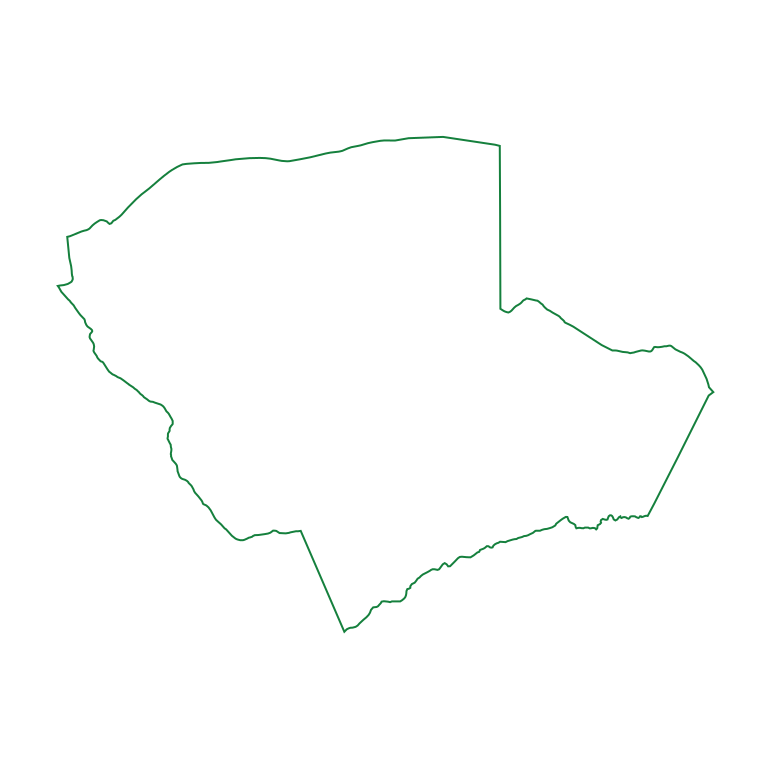 outline of Tarbaj, North-Eastern, Kenya, rotated 92°
{"feature_id": "3690345B53726856133736", "entity_name": "Tarbaj", "entity_type": "district", "adm_level": 2, "iso_a3": "KEN", "parent_name": "Kenya", "parent_adm1": "North-Eastern", "projection": "mercator", "projection_center": [40.301, 2.381], "detail": "fine", "context": "isolated", "style": "outline", "palette": "green", "viewbox_px": 768, "rotation_deg": 92, "n_neighbors": 0, "source": "geoboundaries", "source_scale": "gbopen_adm2", "svg_char_len": 6123}
<svg xmlns="http://www.w3.org/2000/svg" viewBox="0 0 768 768"><g transform="rotate(92 384 384)"><path d="M248.0,705.7L269.0,702.9L277.1,700.8L281.5,700.1L284.8,699.8L286.3,699.5L286.8,699.5L287.6,699.0L290.0,698.7L291.2,699.1L292.6,699.8L293.3,700.7L294.5,702.6L295.1,703.6L296.3,707.4L296.9,711.4L297.4,713.4L298.8,712.3L303.1,709.7L310.5,702.6L311.6,701.2L312.7,700.2L313.1,700.1L316.2,696.9L318.7,695.3L323.8,691.4L325.6,689.9L329.7,685.7L330.9,685.2L332.8,684.8L334.2,684.1L335.1,683.7L336.3,682.8L336.9,682.3L339.2,678.9L340.2,677.8L341.3,677.4L342.4,677.9L344.2,679.4L344.8,679.6L347.3,679.9L348.7,679.4L352.9,676.2L354.3,675.5L356.6,675.0L359.9,675.3L360.6,675.5L361.3,675.4L362.6,674.7L366.0,672.1L367.0,671.7L368.4,670.8L370.8,668.4L371.3,667.7L371.7,666.2L372.1,665.7L372.8,665.1L379.1,660.8L381.3,659.1L382.1,657.9L383.5,656.1L384.0,655.3L384.2,654.6L385.4,652.0L386.4,650.5L387.5,647.5L389.5,644.4L392.7,639.9L392.9,639.4L393.4,639.0L396.1,634.5L397.4,633.0L398.6,631.0L400.3,629.2L400.6,628.7L401.1,628.4L402.6,626.9L403.2,625.9L404.2,624.6L405.6,623.4L407.6,620.2L409.0,618.4L409.7,616.9L409.9,614.3L410.6,612.4L412.3,606.5L413.4,604.7L414.2,603.7L415.8,602.4L418.9,600.5L420.3,598.9L421.5,597.9L424.5,596.1L426.0,595.1L428.3,593.9L431.1,593.8L431.6,593.9L433.3,595.3L435.4,596.5L436.8,596.7L438.3,596.6L440.9,598.1L442.0,598.2L444.0,598.1L445.6,598.4L446.2,598.4L446.7,598.2L447.0,597.9L447.9,597.5L451.0,595.8L452.0,595.1L454.3,594.8L456.3,594.2L458.0,594.2L460.9,594.6L461.7,594.6L462.3,594.3L463.8,594.3L464.6,593.9L467.3,592.9L469.1,591.1L471.0,589.3L472.6,588.2L473.9,587.9L477.5,587.3L478.2,587.3L482.9,585.4L483.9,584.9L485.1,583.7L485.9,582.3L486.6,579.7L486.9,579.0L487.8,577.4L488.9,576.2L489.7,575.8L491.8,573.5L492.8,572.6L496.2,570.6L497.2,570.3L498.1,569.8L499.3,569.0L502.7,565.7L506.6,562.4L507.8,561.6L509.8,560.8L510.4,560.3L510.8,559.2L511.6,557.3L513.4,555.1L516.3,552.8L523.4,548.7L525.5,547.2L527.0,545.5L530.0,541.9L534.0,538.1L534.3,537.4L534.9,536.6L541.0,530.7L543.7,527.0L544.3,525.6L544.6,524.6L545.1,522.3L545.0,519.4L544.6,518.1L543.3,515.4L542.3,513.7L542.0,512.4L541.2,510.4L540.3,509.4L540.0,508.6L539.6,508.0L539.3,504.2L538.2,498.0L537.5,494.7L537.1,493.7L536.5,492.3L534.4,489.7L534.4,487.9L534.6,486.5L536.6,483.2L536.7,477.0L536.1,473.8L535.5,472.2L534.2,466.7L534.2,464.9L533.7,462.1L633.0,415.0L630.4,412.6L629.4,410.7L628.8,409.1L628.6,406.9L627.7,403.9L626.3,401.9L624.1,400.1L620.3,396.3L617.8,393.5L615.3,391.3L613.0,390.0L610.2,389.1L607.6,387.0L607.1,383.6L606.3,382.2L605.0,381.2L603.2,379.6L601.6,378.8L601.1,376.5L601.4,372.3L601.8,370.3L601.0,368.5L600.7,360.2L599.4,358.3L597.6,356.3L596.2,355.3L594.5,354.7L592.7,354.4L590.1,354.3L588.1,353.5L587.8,352.1L586.8,350.6L585.1,350.6L583.0,349.2L581.5,346.4L579.6,345.0L577.4,343.6L576.1,341.7L574.6,340.4L573.0,338.5L570.5,334.0L569.1,331.7L568.1,330.4L567.4,328.8L567.4,326.9L567.9,324.0L567.2,322.4L562.2,319.0L560.9,317.1L562.0,315.1L564.0,313.5L563.8,311.6L559.1,307.2L555.5,304.0L554.2,302.2L553.9,300.1L554.2,295.3L554.2,291.5L552.1,288.3L549.1,284.8L548.4,283.0L546.5,282.2L545.1,278.8L544.1,277.3L542.5,275.6L542.5,273.9L543.6,272.3L543.8,271.0L543.5,269.8L541.7,269.0L540.2,267.4L539.2,265.6L538.7,264.1L537.6,262.5L537.8,257.0L536.7,255.0L535.0,250.0L534.5,248.0L534.3,246.2L533.2,244.5L532.7,242.7L532.1,240.7L531.1,238.7L530.8,236.6L530.1,234.7L529.0,232.8L527.6,230.0L525.5,227.6L525.3,226.7L525.2,223.0L524.2,220.9L523.5,218.7L523.1,216.0L522.2,213.2L521.3,210.8L519.4,207.9L517.6,207.0L513.8,202.5L512.4,200.7L510.5,197.7L510.5,196.1L514.1,194.6L515.7,193.0L517.2,189.4L518.3,187.9L520.4,187.4L521.5,186.7L521.0,184.8L520.9,183.2L521.2,181.3L521.2,179.7L520.5,178.2L520.4,174.9L521.1,173.3L521.0,172.3L520.5,170.2L520.7,168.2L521.9,166.9L520.9,165.9L517.7,165.5L516.5,163.3L515.1,162.2L514.0,162.7L512.5,162.4L511.2,160.7L511.8,158.6L512.0,157.1L511.6,155.9L509.9,155.4L508.3,154.8L507.3,153.5L507.4,152.2L508.1,151.3L509.4,150.5L511.3,149.7L512.3,148.0L511.3,146.2L508.9,144.5L508.1,143.2L509.1,142.9L509.6,141.9L508.8,140.5L508.6,138.9L508.9,137.5L509.7,136.2L510.1,134.8L509.2,133.8L508.0,133.2L507.6,132.2L507.5,130.3L507.5,128.6L508.3,127.2L509.0,125.2L508.3,124.0L507.3,123.5L507.2,122.7L508.0,121.7L507.6,120.4L506.9,118.9L506.5,117.4L506.7,115.9L494.0,109.7L446.8,87.7L384.2,59.1L380.6,54.6L375.9,59.1L373.2,59.8L367.6,61.8L358.6,66.4L356.3,68.1L354.3,70.0L351.4,73.3L350.2,75.2L345.8,80.7L343.2,84.7L342.2,86.8L341.5,88.9L339.2,94.0L336.1,98.1L335.7,99.2L335.7,100.4L336.4,103.0L336.5,105.0L337.1,107.4L337.5,109.7L337.7,111.7L337.5,114.5L337.8,115.4L340.6,117.0L341.7,117.9L342.2,118.9L342.3,120.4L341.6,124.4L341.4,126.5L341.5,128.1L343.2,133.8L343.8,135.3L344.2,137.4L344.6,139.1L343.9,141.6L343.6,146.6L342.5,152.4L342.4,154.3L342.5,157.0L337.5,167.8L320.1,196.8L318.3,200.5L316.6,204.5L316.0,205.6L315.0,206.1L314.0,207.1L312.0,209.6L310.9,210.5L309.9,211.8L306.7,218.1L305.1,220.7L303.9,223.5L302.0,225.8L300.7,227.1L299.1,228.3L298.0,230.0L296.5,231.8L295.4,233.5L295.2,235.2L294.3,239.7L293.5,244.5L294.5,245.6L295.0,246.7L295.8,247.9L297.9,249.6L299.0,250.8L300.3,252.7L301.4,254.6L303.0,256.4L306.3,259.2L307.5,260.7L308.2,262.2L307.9,263.8L307.4,265.5L306.8,266.9L304.8,270.3L207.3,274.0L142.0,276.6L141.0,281.3L135.0,333.6L137.5,368.0L140.3,381.4L140.6,392.3L141.1,396.2L142.7,403.8L143.9,408.5L146.3,415.6L146.9,418.0L148.5,425.0L149.8,428.3L152.4,433.7L153.0,435.8L153.4,437.5L154.6,445.6L155.7,450.4L160.0,465.6L162.4,476.0L164.6,486.3L164.8,488.4L164.6,493.9L164.2,496.7L162.8,505.3L162.4,510.2L162.4,516.1L163.0,526.4L164.6,540.0L165.6,545.2L167.3,554.9L168.0,558.5L169.1,566.8L169.5,575.1L170.1,581.9L170.9,589.1L171.6,593.1L174.3,598.3L177.4,603.2L179.4,606.0L183.7,611.2L186.8,614.7L189.3,617.4L196.8,625.5L203.0,633.0L206.1,636.2L208.0,638.2L216.5,646.0L224.0,652.2L226.1,654.3L229.4,658.3L230.3,660.2L232.9,662.1L233.6,663.9L232.3,665.6L231.2,666.7L230.1,670.2L230.0,672.5L230.3,673.8L232.1,676.5L233.8,678.8L235.7,680.9L238.9,683.7L239.7,684.8L240.6,686.6L241.3,689.2L242.2,691.8L247.3,703.1L248.0,705.7Z" fill="none" stroke="#15803d" stroke-width="2"/></g></svg>